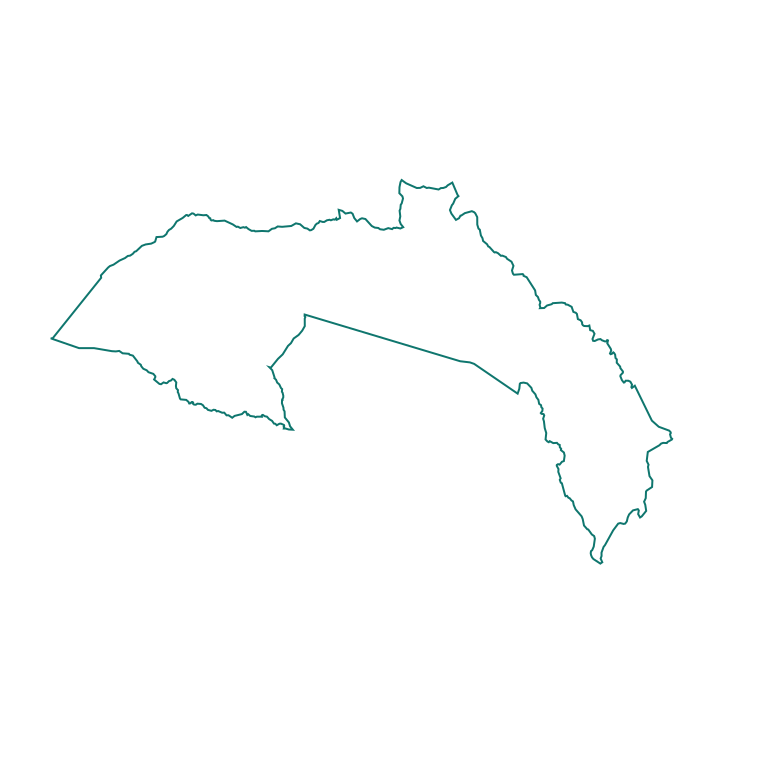 Calcahualco, Veracruz, Mexico (orthographic projection), rotated 43°
{"feature_id": "50627088B11703653351845", "entity_name": "Calcahualco", "entity_type": "district", "adm_level": 2, "iso_a3": "MEX", "parent_name": "Mexico", "parent_adm1": "Veracruz", "projection": "orthographic", "projection_center": [-97.165, 19.101], "detail": "fine", "context": "isolated", "style": "outline", "palette": "teal", "viewbox_px": 768, "rotation_deg": 43, "n_neighbors": 0, "source": "geoboundaries", "source_scale": "gbopen_adm2", "svg_char_len": 6165}
<svg xmlns="http://www.w3.org/2000/svg" viewBox="0 0 768 768"><g transform="rotate(43 384 384)"><path d="M109.1,577.9L136.6,565.7L147.5,555.5L162.7,545.5L165.7,543.0L167.8,540.4L171.9,539.8L176.8,535.9L177.9,536.1L181.0,534.5L188.4,535.7L189.4,536.3L193.0,535.8L194.5,536.6L197.6,537.0L201.1,535.8L203.7,536.0L208.4,533.9L211.5,534.3L212.1,535.0L212.8,537.5L219.7,537.1L221.1,536.2L221.7,533.2L224.2,531.9L224.7,531.1L224.8,528.4L225.8,526.8L225.9,524.5L227.8,523.9L231.0,524.5L233.2,527.4L235.0,528.8L237.5,529.0L238.7,530.6L240.1,531.0L244.7,533.8L245.8,533.9L250.2,530.5L253.2,530.4L254.8,531.1L255.4,530.6L255.7,528.3L256.2,527.8L257.0,527.7L257.5,528.7L259.1,528.6L260.5,527.5L260.9,525.7L263.8,523.4L266.1,523.0L269.0,523.7L270.7,522.8L272.9,523.0L276.1,521.3L276.9,519.1L278.4,518.0L280.3,518.1L281.1,516.9L285.2,515.4L286.7,513.9L290.2,514.3L291.6,512.9L296.0,512.2L296.5,509.2L300.6,502.9L300.8,499.5L302.0,498.5L305.1,499.8L305.2,498.7L308.0,498.6L311.4,496.2L312.7,496.0L313.3,494.6L317.0,491.2L316.2,490.7L316.1,489.7L316.5,489.2L318.7,488.9L320.7,487.7L323.9,488.0L327.3,487.3L330.5,488.0L331.7,487.2L333.7,487.3L334.6,484.4L335.6,483.3L338.7,482.2L339.5,482.6L339.8,483.7L340.4,483.7L341.1,484.9L342.2,483.8L345.4,482.2L348.5,479.6L344.2,479.0L340.7,477.0L334.3,476.1L329.9,471.8L328.1,471.3L326.6,469.9L322.5,467.7L320.4,465.3L320.7,464.8L319.9,464.1L319.6,462.7L318.4,461.3L315.7,459.5L314.6,459.3L313.0,457.2L311.4,457.2L307.7,455.7L304.9,455.8L302.1,454.5L299.8,454.5L299.6,453.9L292.8,450.1L288.7,449.9L290.1,449.2L289.3,437.9L289.7,431.4L287.8,421.6L288.1,417.6L286.9,412.3L288.1,406.3L287.8,400.8L286.6,395.7L281.4,390.2L280.8,388.7L279.6,388.5L278.6,387.3L424.2,315.4L432.1,309.6L436.2,307.8L488.3,299.9L486.2,295.2L483.2,291.2L483.2,290.2L485.1,287.8L488.3,285.9L494.4,286.3L497.0,287.8L501.8,288.3L504.6,289.8L507.7,290.3L511.0,292.7L513.3,292.4L515.0,293.7L516.7,293.8L518.2,295.7L518.5,298.3L519.5,298.4L521.2,297.2L522.6,297.7L524.1,300.9L526.4,302.2L531.6,306.6L536.1,309.2L540.0,314.4L542.7,314.6L544.2,314.2L544.2,312.8L548.1,311.8L550.6,309.1L552.7,309.3L554.0,308.7L555.7,310.3L557.8,310.6L558.4,311.7L562.3,311.4L565.0,313.2L568.1,317.7L567.2,319.5L567.4,323.2L566.0,323.9L565.6,325.3L566.1,326.0L569.6,327.2L571.4,329.4L577.5,332.5L577.9,334.2L580.6,335.6L581.8,335.3L592.7,342.1L593.4,342.2L594.1,341.0L596.5,341.4L597.7,340.9L600.6,341.3L602.3,341.0L605.4,343.2L609.6,345.0L618.8,346.0L621.5,347.3L626.8,351.1L631.7,351.6L632.6,351.1L638.6,352.3L641.4,351.9L643.7,353.3L648.3,359.9L649.6,363.6L649.4,365.1L650.6,366.8L652.1,367.9L654.3,368.9L656.5,369.2L664.7,367.8L665.2,365.5L661.5,363.9L660.4,361.4L658.1,359.0L655.7,353.4L655.5,351.1L651.4,334.7L650.5,326.4L651.6,324.6L654.7,322.9L655.6,321.6L655.3,318.9L653.3,315.4L652.2,312.2L652.3,306.6L655.0,302.4L656.6,302.7L658.6,305.8L662.3,307.0L662.8,305.0L662.3,298.0L657.5,294.2L654.5,292.7L653.3,289.0L649.0,284.0L648.8,282.8L650.3,276.5L646.0,271.4L641.0,270.3L633.6,264.6L632.5,262.6L628.6,261.1L623.3,253.8L627.2,241.0L627.3,238.6L628.3,236.7L631.1,234.3L630.9,233.1L632.4,228.3L632.2,227.6L630.5,227.6L627.5,225.7L627.2,224.3L626.6,223.8L624.4,223.6L614.1,227.9L604.9,228.1L568.6,214.2L568.0,217.8L567.1,217.6L565.8,215.3L562.6,214.3L560.4,215.0L558.5,216.8L558.8,218.8L558.4,219.4L555.3,218.9L551.5,217.1L551.0,216.3L551.0,212.8L550.2,211.9L546.1,211.2L544.8,210.2L539.7,209.7L537.5,207.2L535.6,207.1L533.0,204.9L531.1,204.4L530.1,204.5L530.1,206.4L529.5,207.6L528.5,207.6L527.3,204.5L525.8,203.6L519.6,202.0L518.1,199.4L517.3,199.7L517.5,201.3L516.5,202.2L513.5,203.4L511.7,203.5L510.1,205.5L508.8,208.8L507.5,209.8L505.8,208.9L503.7,203.7L500.5,202.7L498.1,204.0L494.3,201.2L493.5,202.8L490.8,205.1L489.3,205.4L488.0,205.0L486.8,203.8L484.4,203.3L481.5,204.3L477.3,201.2L475.7,201.1L473.3,202.1L468.6,199.6L464.3,200.7L462.6,201.9L461.3,201.4L458.5,203.2L452.3,209.8L452.2,211.3L449.7,215.4L449.3,219.2L446.4,222.1L446.2,221.4L443.8,220.0L443.0,218.2L442.0,217.2L439.9,216.8L437.3,215.4L434.3,215.3L430.7,212.5L415.5,208.6L412.3,209.7L411.4,209.0L410.5,209.0L404.5,215.5L403.1,215.4L400.2,213.7L398.1,209.3L393.8,207.6L388.6,208.5L386.6,208.0L383.0,209.4L382.1,210.5L378.0,210.6L375.9,211.3L375.3,212.3L374.6,212.5L367.6,211.9L366.4,212.3L364.1,211.5L358.9,211.8L356.6,210.2L353.6,209.3L348.8,205.8L347.1,205.9L343.5,203.8L338.4,198.4L334.3,196.9L332.6,196.9L330.4,197.7L326.6,203.9L325.6,208.2L325.1,208.7L325.8,211.6L324.7,214.9L317.0,213.4L313.6,211.8L311.7,206.9L311.6,205.0L309.8,199.9L310.3,195.8L308.7,195.5L296.6,190.1L295.1,195.2L295.0,197.6L293.6,200.3L292.0,201.9L291.3,204.5L282.9,209.8L281.6,211.5L278.0,212.5L276.7,215.9L274.3,218.3L263.3,222.1L257.8,222.8L258.4,225.1L261.1,229.5L265.1,234.0L269.5,234.2L271.4,235.4L273.8,239.9L274.0,241.5L276.5,244.7L277.2,246.6L281.6,250.3L283.8,253.9L287.1,255.6L291.1,256.2L289.9,259.1L286.4,261.1L286.2,261.9L284.5,263.3L284.3,265.2L280.8,267.1L278.7,271.3L275.6,273.5L273.4,273.8L270.6,275.9L267.3,276.8L257.9,276.0L254.9,277.8L254.1,279.5L253.4,283.5L249.1,282.9L244.9,280.9L242.8,281.2L239.6,285.6L235.5,285.8L232.1,287.5L238.7,292.6L237.5,296.0L236.0,295.3L236.0,297.3L234.6,298.2L233.5,300.5L232.2,301.0L230.6,303.2L229.8,306.2L228.6,307.3L225.9,308.6L226.3,310.9L225.5,312.5L225.4,314.4L226.5,318.6L225.8,321.1L225.0,322.2L222.0,322.6L219.3,324.2L213.7,324.4L210.0,326.6L208.4,331.7L202.3,338.5L198.8,341.3L198.0,344.5L196.2,346.9L195.4,351.1L190.5,355.2L185.7,360.2L184.8,360.3L182.7,362.3L179.3,363.1L176.1,363.3L175.7,364.5L174.2,365.2L172.5,367.9L169.8,368.6L169.0,369.7L164.6,370.4L156.0,373.2L150.8,378.8L148.4,380.5L147.6,380.5L146.2,382.1L145.1,382.1L143.9,381.3L143.1,381.8L141.1,381.3L138.9,381.5L136.8,383.8L132.2,387.1L131.3,389.1L128.5,389.3L127.2,390.1L126.2,394.6L124.6,394.8L124.1,395.4L123.5,399.9L121.5,406.5L122.5,411.8L122.4,415.6L121.7,417.9L121.8,420.3L122.6,422.8L122.3,425.7L121.6,427.3L117.4,431.7L119.5,435.9L119.3,436.9L118.0,440.1L114.5,444.5L112.7,448.1L112.2,455.9L111.4,457.4L111.5,460.1L110.8,463.2L109.3,465.1L108.7,468.5L106.4,474.1L104.8,481.2L103.1,484.7L102.8,487.0L102.9,497.7L104.7,499.2L110.5,576.5L109.1,577.9Z" fill="none" stroke="#0f766e" stroke-width="2"/></g></svg>